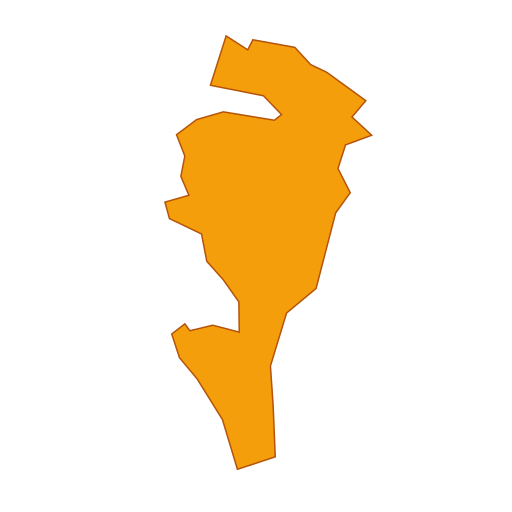 Narin, Namangan, Uzbekistan, rotated 278°
{"feature_id": "79887680B11323044548647", "entity_name": "Narin", "entity_type": "district", "adm_level": 2, "iso_a3": "UZB", "parent_name": "Uzbekistan", "parent_adm1": "Namangan", "projection": "mercator", "projection_center": [71.985, 40.952], "detail": "fine", "context": "isolated", "style": "filled", "palette": "amber", "viewbox_px": 512, "rotation_deg": 278, "n_neighbors": 0, "source": "geoboundaries", "source_scale": "gbopen_adm2", "svg_char_len": 696}
<svg xmlns="http://www.w3.org/2000/svg" viewBox="0 0 512 512"><g transform="rotate(278 256 256)"><path d="M469.7,222.8L459.0,219.1L469.8,195.8L418.7,187.1L415.7,241.1L399.6,261.6L393.0,255.3L394.2,203.6L382.8,178.2L365.1,160.4L345.1,171.6L324.4,170.5L306.8,181.1L296.7,158.3L281.0,165.1L270.2,199.0L243.9,208.0L228.0,226.8L208.2,245.4L178.3,250.0L181.4,222.7L172.8,200.9L178.9,195.0L167.0,183.4L144.6,194.4L126.2,214.7L89.4,245.5L42.2,267.3L59.8,303.0L110.2,293.8L149.1,285.6L203.8,294.2L232.2,320.0L309.8,328.9L331.8,340.5L354.0,325.0L378.5,329.2L391.7,353.7L407.0,331.7L425.1,343.1L447.8,300.4L453.1,283.5L468.0,265.4L469.7,222.8Z" fill="#f59e0b" stroke="#b45309" stroke-width="1.5"/></g></svg>